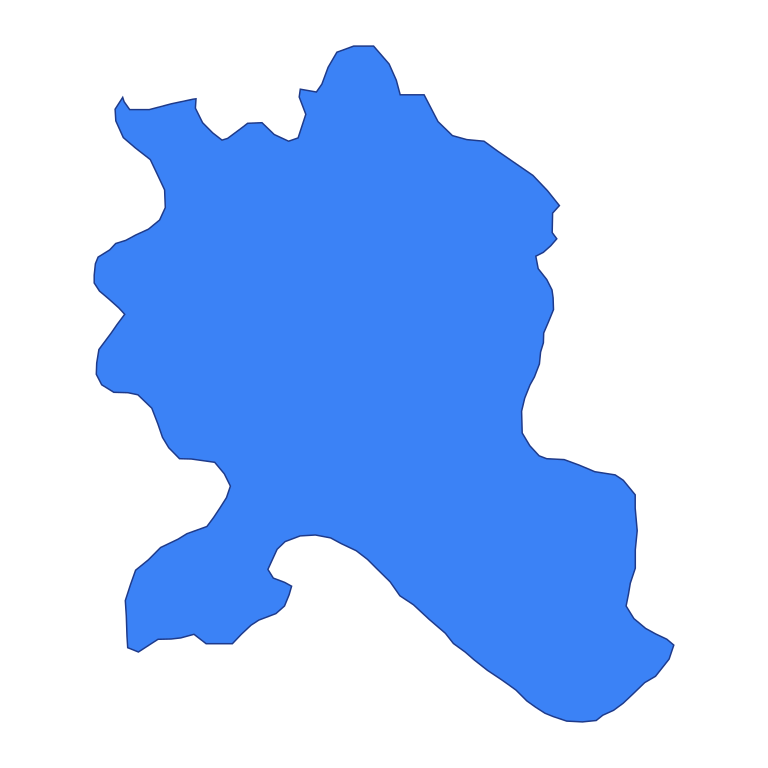 the district of Imishli District, İmişli, Azerbaijan
{"feature_id": "54616110B47039748407948", "entity_name": "Imishli District", "entity_type": "district", "adm_level": 2, "iso_a3": "AZE", "parent_name": "Azerbaijan", "parent_adm1": "İmişli", "projection": "equal_earth", "projection_center": [48.045, 39.875], "detail": "fine", "context": "isolated", "style": "filled", "palette": "blue", "viewbox_px": 768, "rotation_deg": 0, "n_neighbors": 0, "source": "geoboundaries", "source_scale": "gbopen_adm2", "svg_char_len": 2424}
<svg xmlns="http://www.w3.org/2000/svg" viewBox="0 0 768 768"><path d="M559.4,205.6L547.4,190.6L532.9,175.4L497.9,151.3L484.0,141.2L466.8,139.6L452.4,135.6L438.0,121.6L424.1,94.8L419.1,94.8L400.2,94.8L396.3,80.2L389.1,64.0L373.6,46.1L353.6,46.1L336.9,52.2L328.1,67.3L321.9,84.1L316.4,92.0L300.3,89.2L299.2,97.0L305.8,114.3L298.1,137.9L288.6,141.2L274.2,134.5L262.0,122.7L247.6,123.3L242.6,127.2L227.6,138.4L222.0,140.1L212.6,132.8L202.6,122.7L195.4,108.2L196.0,98.8L193.0,99.2L171.3,103.8L149.3,109.6L129.7,109.6L124.1,101.7L122.7,97.4L115.1,109.2L115.8,120.9L123.3,137.6L135.3,147.9L150.3,159.6L157.1,173.9L164.6,189.9L165.3,207.6L159.6,220.0L148.4,229.2L135.7,235.0L125.9,240.3L115.7,243.5L109.7,249.9L98.1,257.1L95.4,263.7L94.2,275.2L94.2,283.0L99.5,291.1L108.5,298.7L118.8,307.9L124.7,314.3L117.0,324.6L111.0,333.3L102.4,344.8L98.9,349.5L96.7,363.1L96.3,374.3L101.7,384.8L113.8,392.3L128.0,392.7L137.9,394.8L151.8,408.2L157.8,423.7L162.5,437.4L168.8,447.8L179.5,458.7L191.3,459.0L214.7,462.3L224.3,473.8L230.4,486.1L226.5,497.6L220.1,507.7L213.6,517.5L206.9,526.5L186.9,533.7L178.0,539.2L160.6,547.5L148.4,559.8L135.6,570.2L130.6,584.3L125.3,600.6L126.3,615.8L127.0,636.4L127.7,647.7L128.0,647.8L138.4,652.0L150.1,644.4L158.0,639.3L171.2,639.0L180.8,637.9L194.0,634.3L206.1,643.7L232.4,643.7L241.3,634.3L251.0,625.2L258.8,620.1L275.9,613.6L284.5,606.0L289.1,594.8L291.6,586.2L284.7,582.4L273.3,578.1L267.9,569.4L277.1,549.3L285.1,541.6L300.2,535.9L315.4,535.0L330.6,537.9L341.2,543.6L356.2,550.7L367.5,559.4L376.7,568.6L390.1,581.8L399.9,595.8L413.5,604.8L429.2,619.4L445.4,633.3L453.4,643.5L465.1,652.0L474.3,660.0L487.5,670.4L499.7,678.5L507.0,683.6L516.0,690.1L526.8,700.9L535.6,707.2L544.9,713.2L553.3,716.6L566.7,721.1L582.4,721.9L596.2,720.5L602.8,715.2L613.6,710.3L623.2,703.2L634.6,692.4L644.7,682.6L655.5,676.3L663.1,666.7L669.1,659.1L673.8,645.1L666.8,639.2L655.6,633.9L645.6,628.4L633.9,618.6L626.1,606.0L628.5,594.0L630.3,583.2L635.3,568.2L635.3,549.8L637.2,530.7L635.2,508.2L635.2,494.8L623.3,480.3L615.2,474.9L594.8,471.7L578.9,465.0L564.2,459.6L546.7,458.7L539.1,455.8L529.8,445.7L522.2,433.0L521.6,411.2L524.7,398.2L530.0,384.9L534.4,377.0L539.4,364.0L540.6,352.0L543.4,342.8L543.7,333.0L548.3,322.3L553.5,309.6L553.1,297.8L552.0,289.9L546.8,279.6L538.2,268.7L535.8,256.2L543.4,252.3L550.8,245.7L556.8,238.8L552.2,232.6L552.6,213.1L559.4,205.6Z" fill="#3b82f6" stroke="#1e3a8a" stroke-width="1.5"/></svg>